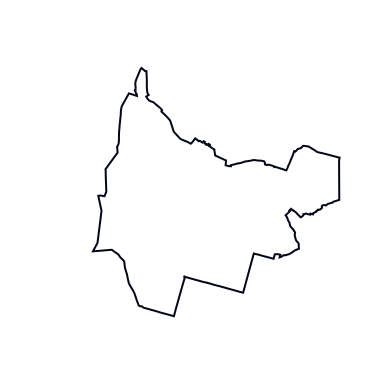 Zwartewaterland, Overijssel, Netherlands, rotated 310°
{"feature_id": "6326949B58737844931960", "entity_name": "Zwartewaterland", "entity_type": "district", "adm_level": 2, "iso_a3": "NLD", "parent_name": "Netherlands", "parent_adm1": "Overijssel", "projection": "albers", "projection_center": [6.086, 52.61], "detail": "fine", "context": "isolated", "style": "outline", "palette": "ink", "viewbox_px": 384, "rotation_deg": 310, "n_neighbors": 0, "source": "geoboundaries", "source_scale": "gbopen_adm2", "svg_char_len": 5753}
<svg xmlns="http://www.w3.org/2000/svg" viewBox="0 0 384 384"><g transform="rotate(310 192 192)"><path d="M146.1,292.5L147.7,295.9L184.6,278.9L185.6,281.1L185.9,281.6L186.1,281.9L188.1,286.2L188.8,287.9L189.0,288.2L189.3,288.9L189.8,290.0L190.0,290.3L193.3,297.4L197.5,295.5L199.5,297.6L200.7,300.0L198.3,301.1L199.9,302.1L201.9,302.7L202.9,303.1L203.3,304.0L206.9,306.4L211.0,307.8L213.7,308.4L214.3,308.8L214.8,309.0L215.0,309.3L215.5,309.4L217.2,310.4L220.9,307.0L221.2,306.1L221.5,305.4L221.5,304.4L221.7,303.3L222.1,302.4L223.8,299.9L224.8,298.6L225.4,298.0L225.6,297.9L226.6,297.5L227.2,297.0L227.4,296.6L227.6,296.1L227.9,294.5L228.2,294.2L228.3,293.8L228.6,292.5L228.5,292.1L228.6,291.1L228.8,290.1L229.1,289.0L229.6,288.3L230.8,286.8L231.3,286.1L231.7,284.5L233.2,281.9L233.7,281.0L233.9,280.1L234.4,278.9L234.4,278.7L235.7,278.9L240.3,279.3L240.3,278.5L242.8,278.7L242.6,280.7L242.7,281.3L243.0,281.2L243.2,284.3L242.8,287.8L242.6,290.3L242.4,291.3L242.5,291.5L242.8,291.7L243.9,292.1L245.4,292.2L245.9,292.1L246.4,291.9L246.6,291.7L246.8,292.2L247.1,292.2L248.4,292.9L248.6,293.0L249.0,293.7L249.5,295.0L249.9,295.8L250.1,296.1L250.4,296.3L250.9,296.5L250.8,296.9L251.4,296.7L251.5,297.0L251.7,296.9L251.9,297.6L252.7,299.1L253.9,298.5L254.6,298.9L256.9,299.9L257.2,299.9L257.6,299.7L257.8,299.7L257.7,299.5L257.9,299.5L258.3,299.9L258.7,300.1L258.8,300.0L258.9,299.9L259.5,299.9L260.1,300.8L260.4,301.0L261.1,301.4L261.5,301.5L261.8,301.5L262.1,301.6L262.5,301.7L263.3,301.7L263.5,301.7L264.3,300.8L264.7,300.5L265.1,300.5L265.9,300.8L266.7,301.3L266.9,301.5L267.4,302.3L267.3,302.5L267.5,302.9L267.9,303.3L269.0,303.5L269.7,303.6L270.0,303.7L272.6,305.3L273.4,305.9L274.5,306.6L274.9,306.4L276.0,306.9L280.6,309.9L298.4,294.8L310.6,284.5L311.0,284.2L313.2,283.0L312.9,282.4L312.5,281.7L310.4,277.2L306.8,269.5L304.8,265.5L304.6,265.2L304.2,264.4L303.3,262.6L303.2,262.3L302.6,257.5L301.8,252.0L301.5,251.4L301.4,251.3L301.1,251.1L300.9,250.9L300.2,249.4L299.1,247.8L298.8,247.5L298.5,247.4L297.8,247.4L296.2,247.3L294.6,246.6L293.7,246.0L292.8,245.3L292.5,245.3L291.1,245.4L290.8,245.3L290.4,245.2L290.0,245.3L289.2,245.2L289.0,244.9L289.3,244.6L289.2,244.2L288.9,244.0L288.0,244.4L287.7,244.5L283.8,246.0L280.3,247.0L277.1,248.1L274.0,248.9L270.8,250.0L269.2,250.4L267.9,247.1L267.6,246.5L267.4,245.6L267.1,245.2L266.7,244.2L265.0,240.1L264.8,239.6L264.3,239.2L264.7,239.1L262.6,233.8L261.5,232.5L261.2,232.4L261.1,232.2L261.0,231.9L260.9,231.7L260.5,231.6L260.3,231.1L260.2,230.9L260.1,230.7L260.1,230.0L261.3,229.0L261.4,228.9L261.5,228.5L261.6,228.3L261.9,227.5L260.6,225.2L260.1,224.3L259.7,223.8L259.2,223.3L257.8,221.2L256.8,219.6L255.7,218.2L254.8,217.7L251.1,214.6L249.6,213.1L249.4,212.9L248.7,212.6L247.9,212.2L246.4,211.2L245.4,210.5L243.7,209.2L243.3,208.6L242.6,208.2L241.9,207.7L241.5,207.6L240.3,206.6L237.5,204.6L236.8,205.2L236.7,205.0L236.8,205.0L236.7,204.9L236.7,205.0L236.5,204.6L235.8,204.2L235.7,203.9L234.3,201.2L234.1,200.6L238.0,197.8L234.9,186.3L238.4,182.2L238.5,182.1L238.9,181.9L238.5,178.7L238.5,177.9L238.3,176.1L238.2,175.6L238.5,175.5L239.6,175.6L239.7,175.3L239.5,173.7L237.9,173.6L237.7,173.0L237.7,172.7L237.9,172.2L238.1,172.0L238.1,171.9L238.0,171.7L237.5,171.6L237.7,171.4L237.6,170.5L237.6,169.7L238.6,169.6L238.5,168.3L236.6,168.3L236.5,167.7L236.5,167.1L236.4,166.6L236.4,166.2L236.3,165.6L236.1,165.1L235.6,164.7L235.3,164.6L235.2,164.1L235.2,163.4L235.2,162.3L235.3,162.3L235.2,161.8L235.2,161.6L235.1,160.0L231.5,160.2L229.3,160.2L229.0,160.0L228.2,160.0L227.9,158.5L227.7,157.3L227.3,155.9L226.2,152.4L225.8,151.0L225.2,149.0L225.7,145.0L225.7,144.9L225.9,143.5L226.0,142.6L226.4,139.5L226.7,138.9L229.6,134.3L229.9,133.8L231.4,131.5L232.0,130.4L232.7,129.3L233.5,124.2L233.9,118.7L233.9,117.2L234.0,116.8L235.4,116.6L235.5,116.1L235.8,114.4L235.9,113.5L235.9,111.3L235.9,110.6L235.9,105.7L235.9,104.3L234.9,102.2L234.6,100.5L234.5,99.7L235.0,97.5L235.3,96.6L235.6,95.6L238.5,96.4L239.0,94.6L240.3,92.9L241.7,91.5L242.7,90.5L248.8,85.4L254.9,79.8L255.0,79.7L255.3,79.4L254.4,78.3L254.6,78.0L254.5,73.6L253.3,73.7L252.3,73.8L249.5,74.7L242.9,76.8L241.0,77.5L239.4,78.3L238.6,78.9L237.9,79.5L237.2,80.2L236.1,81.4L233.7,83.3L233.3,82.7L233.2,82.7L231.4,86.2L231.5,86.6L230.2,88.1L227.9,82.4L227.6,81.9L227.5,81.5L227.0,80.3L212.4,83.1L209.0,85.0L204.2,88.6L201.8,90.1L201.5,90.3L201.2,90.6L200.4,91.1L199.8,91.5L198.4,92.5L197.7,93.0L197.2,93.2L196.3,93.9L195.0,94.8L193.7,95.8L191.5,97.2L188.3,99.8L186.2,101.4L185.8,101.9L183.4,103.7L182.5,104.3L182.0,104.6L180.7,105.1L179.1,105.5L178.5,105.5L174.4,109.7L159.4,110.7L153.9,111.1L153.7,111.2L153.4,111.6L152.9,112.1L149.9,114.7L148.3,116.1L141.9,121.9L137.0,126.3L136.8,126.4L135.8,126.6L132.6,127.7L132.1,127.0L132.1,126.9L132.0,126.7L131.2,125.3L129.8,123.4L129.5,123.2L129.3,123.1L129.1,122.9L128.8,122.7L119.4,134.8L92.3,152.3L82.9,154.3L96.2,167.7L96.5,172.4L96.8,174.6L96.8,175.4L96.7,176.2L95.9,178.9L95.8,180.1L95.6,182.7L95.5,183.6L95.2,184.5L94.8,185.2L93.9,186.2L93.1,186.9L91.0,189.2L89.8,190.9L87.7,194.2L87.1,195.1L85.0,197.7L83.0,200.3L81.9,201.7L81.4,202.7L80.8,203.9L78.9,209.4L77.5,212.8L76.8,214.0L74.8,217.3L73.4,219.5L72.6,221.0L71.4,223.2L70.8,224.0L70.9,224.5L71.0,225.0L71.1,225.6L71.6,226.2L72.0,227.1L72.2,227.3L72.2,228.4L72.4,229.7L73.9,232.8L78.6,243.3L78.9,244.2L79.6,245.8L82.3,251.5L83.7,254.6L84.9,257.2L85.2,258.0L94.0,253.9L116.0,244.0L122.1,241.4L122.2,241.2L122.0,240.6L122.3,240.5L122.3,240.8L126.7,250.5L127.2,251.6L128.4,254.1L130.6,259.0L131.7,260.9L131.8,261.0L132.3,262.1L132.2,262.1L133.3,264.4L133.4,264.7L133.5,264.7L133.6,265.0L133.9,265.6L134.3,266.8L134.4,267.0L136.0,270.6L137.2,272.8L139.1,277.1L139.4,277.7L143.3,286.3L146.1,292.5Z" fill="none" stroke="#020617" stroke-width="2"/></g></svg>